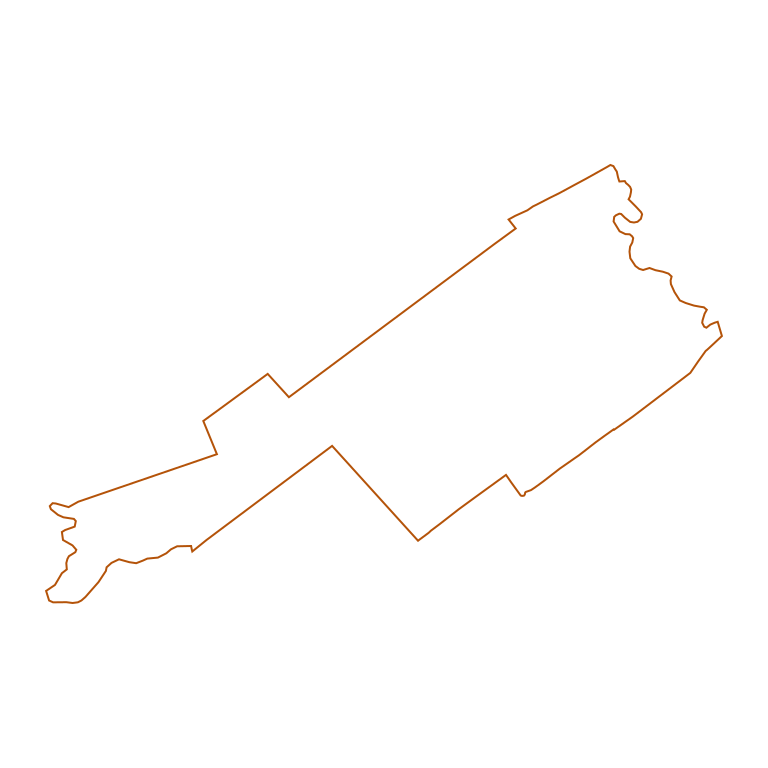 Branceni, Teleorman, Romania
{"feature_id": "2599482B72114382845229", "entity_name": "Branceni", "entity_type": "district", "adm_level": 2, "iso_a3": "ROU", "parent_name": "Romania", "parent_adm1": "Teleorman", "projection": "natural_earth1", "projection_center": [25.36, 43.857], "detail": "fine", "context": "isolated", "style": "outline", "palette": "amber", "viewbox_px": 768, "rotation_deg": 0, "n_neighbors": 0, "source": "geoboundaries", "source_scale": "gbopen_adm2", "svg_char_len": 2133}
<svg xmlns="http://www.w3.org/2000/svg" viewBox="0 0 768 768"><path d="M56.5,602.3L66.4,602.2L72.6,603.0L77.9,602.3L81.4,600.5L85.4,597.0L98.5,582.1L105.9,570.9L106.6,567.3L111.5,562.9L119.0,559.3L129.4,562.2L136.2,563.2L142.9,560.6L147.3,558.6L157.9,557.6L166.3,553.3L171.0,549.3L177.1,546.3L191.1,546.0L191.8,549.6L192.3,551.5L206.5,540.0L332.1,445.9L418.0,540.7L428.8,532.7L430.9,530.7L439.7,524.1L458.7,509.3L474.7,497.6L506.0,474.9L506.3,475.3L511.2,482.4L518.3,492.2L520.6,495.4L521.3,495.8L522.0,495.8L522.7,495.9L524.0,495.6L524.7,494.7L525.0,493.7L525.2,492.5L525.9,491.9L528.8,490.9L531.0,490.1L534.9,487.5L543.3,481.4L559.8,468.6L574.0,458.7L578.8,455.4L587.6,448.6L590.9,446.0L595.8,442.2L604.6,435.8L613.6,429.4L614.0,429.8L632.8,416.6L690.3,372.9L698.1,361.5L705.7,350.9L707.1,349.8L716.8,340.8L721.9,336.0L717.7,321.8L714.7,322.7L710.3,324.6L706.4,327.7L704.2,326.7L702.2,322.8L702.6,320.2L704.6,313.7L706.8,309.8L703.9,307.3L700.0,306.7L694.0,305.6L685.7,303.0L679.8,300.4L674.5,292.1L670.9,284.1L670.6,280.5L671.6,276.5L668.5,273.6L662.8,271.7L655.5,270.2L649.5,268.0L643.1,270.0L639.2,268.8L635.4,266.0L630.3,258.3L629.5,251.7L630.1,246.6L632.3,242.5L633.2,238.1L632.1,236.3L629.7,234.3L625.4,234.1L619.6,231.3L613.6,221.5L614.2,216.9L615.9,215.3L619.3,213.7L621.2,214.0L624.9,217.7L630.2,221.9L634.0,222.5L637.5,221.8L640.9,218.8L642.1,214.3L641.1,212.2L635.6,206.3L628.6,199.3L630.0,196.6L630.9,192.4L631.2,189.6L630.1,186.9L628.2,184.9L626.0,183.1L624.8,181.1L619.4,181.5L619.0,180.5L618.0,177.2L616.8,171.6L615.4,169.5L613.4,166.1L612.0,165.6L610.4,165.0L607.2,166.9L586.1,178.7L573.8,185.3L570.5,187.1L559.4,193.1L549.9,197.8L536.1,204.9L533.0,206.4L527.4,210.3L515.1,215.9L508.6,219.5L515.7,228.5L494.2,244.2L288.9,397.2L267.7,373.9L203.3,421.0L216.9,454.2L78.3,501.7L68.6,507.1L55.8,503.5L52.6,503.2L49.8,506.1L50.9,509.2L58.0,514.9L63.4,517.3L73.9,518.9L75.8,521.1L74.7,526.6L65.2,530.0L61.9,532.0L63.0,540.0L72.5,545.4L76.3,549.8L75.3,552.2L68.9,556.2L67.4,559.0L66.3,563.1L66.8,569.4L61.9,573.2L55.0,584.9L46.1,590.9L49.1,600.5L53.0,602.3L56.5,602.3Z" fill="none" stroke="#b45309" stroke-width="2"/></svg>